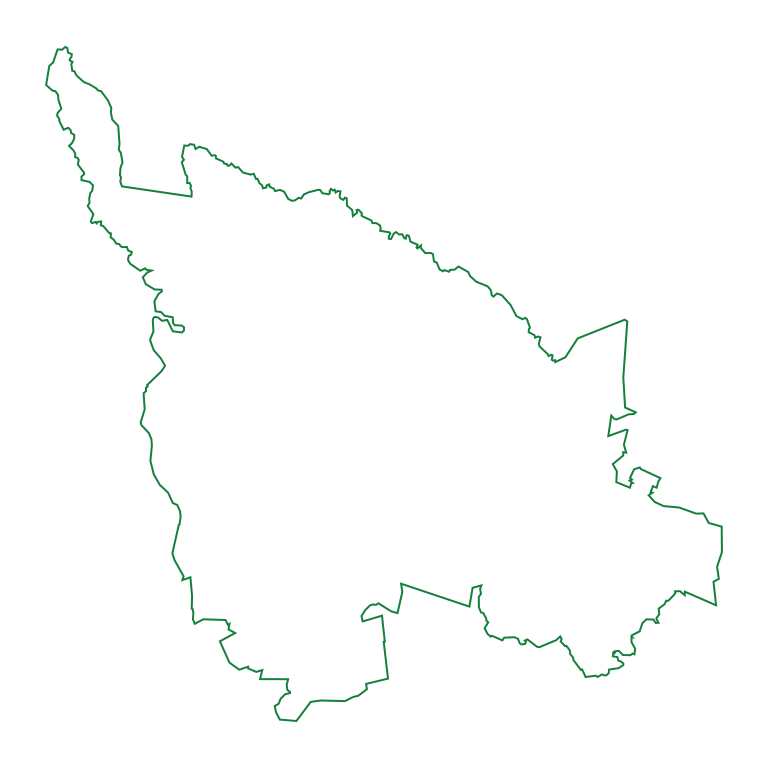 the district of Aculco, México, Mexico
{"feature_id": "50627088B12857045520905", "entity_name": "Aculco", "entity_type": "district", "adm_level": 2, "iso_a3": "MEX", "parent_name": "Mexico", "parent_adm1": "México", "projection": "robinson", "projection_center": [-99.832, 20.136], "detail": "fine", "context": "isolated", "style": "outline", "palette": "green", "viewbox_px": 768, "rotation_deg": 0, "n_neighbors": 0, "source": "geoboundaries", "source_scale": "gbopen_adm2", "svg_char_len": 6028}
<svg xmlns="http://www.w3.org/2000/svg" viewBox="0 0 768 768"><path d="M608.8,673.0L609.0,669.6L618.7,668.1L623.3,665.1L623.3,663.5L621.1,661.6L618.4,660.7L617.3,657.1L612.9,656.3L613.3,652.4L614.0,651.7L614.7,652.9L615.7,651.2L618.8,650.9L622.9,655.0L630.4,655.2L632.6,653.6L634.4,654.3L635.2,648.8L631.5,642.2L631.5,637.4L632.3,637.4L631.4,636.7L631.6,635.5L639.7,631.3L642.4,623.2L646.5,619.3L653.5,619.6L655.6,622.9L658.4,622.8L656.3,618.4L659.3,614.2L658.7,608.6L664.6,604.2L666.1,600.8L668.2,600.8L673.6,595.4L675.3,593.2L675.1,591.3L680.0,591.2L684.7,595.2L684.9,591.7L716.1,605.3L713.5,581.7L718.8,578.9L717.1,566.7L721.9,552.2L721.7,526.6L708.7,523.0L703.5,513.4L696.1,513.6L679.1,507.5L663.7,506.1L654.9,502.1L648.7,495.3L652.4,492.7L650.6,492.3L652.9,486.2L656.7,487.7L658.2,481.8L660.4,478.1L640.7,469.0L639.8,467.4L634.4,469.2L633.5,470.6L630.0,478.1L631.9,479.6L629.7,480.6L632.6,482.9L631.3,483.0L629.9,487.7L616.3,482.1L616.9,471.5L612.8,464.1L623.2,455.5L623.2,452.2L626.2,452.7L623.9,444.7L627.6,430.1L625.9,429.7L608.3,436.1L611.3,415.6L614.4,419.0L616.4,419.5L628.5,414.4L634.0,413.9L635.7,412.3L625.1,407.5L623.3,377.7L627.3,321.4L624.7,319.7L577.7,338.4L565.4,357.3L555.3,362.1L555.1,360.2L552.9,360.6L551.8,359.7L552.6,355.4L551.2,354.8L548.6,356.1L547.8,354.2L539.6,346.5L538.8,344.0L540.5,337.3L538.1,336.5L535.1,337.7L534.5,335.2L528.7,332.2L528.9,329.0L530.0,327.8L526.9,319.1L525.2,317.9L522.5,319.2L516.5,316.2L510.5,304.9L501.8,295.2L497.0,293.5L493.4,296.6L491.7,295.1L490.9,290.3L487.7,286.4L476.3,281.7L470.2,276.2L468.3,272.1L458.5,266.5L454.7,269.6L450.1,269.9L449.1,271.7L444.4,270.1L443.1,271.3L439.6,269.5L436.8,262.7L434.0,261.4L432.9,254.1L430.6,252.9L425.3,253.1L420.6,247.7L420.9,245.6L417.4,248.4L416.5,247.5L417.6,244.7L410.5,241.7L409.0,236.1L407.8,235.2L406.6,235.3L405.8,238.6L404.4,238.4L402.3,234.3L399.1,234.5L396.1,232.1L393.8,233.6L391.0,239.0L388.8,238.7L388.7,236.7L390.3,233.5L389.3,232.3L380.1,230.8L380.7,228.5L380.0,225.5L376.5,223.2L372.4,223.0L371.3,220.4L362.2,216.2L361.5,215.4L361.9,213.3L358.4,209.7L356.7,210.0L357.1,212.7L352.9,216.1L352.3,210.1L347.0,205.6L346.7,198.2L344.9,197.6L343.4,199.9L340.4,198.4L339.6,196.3L340.5,191.4L337.7,190.9L335.7,192.6L334.7,189.7L332.9,190.5L331.0,188.9L329.6,191.2L329.8,193.4L328.7,194.3L322.3,193.2L320.4,190.2L318.6,189.7L308.8,192.2L303.8,194.5L301.2,198.5L298.8,197.8L294.8,200.4L291.9,200.8L288.2,198.9L284.1,191.7L279.9,189.9L275.0,191.1L273.9,188.8L269.6,186.7L269.2,184.4L266.7,185.3L266.2,187.6L262.9,188.2L262.1,185.3L259.5,183.2L257.6,178.9L255.9,178.9L253.8,173.8L250.5,174.6L242.9,172.5L238.1,167.1L235.3,167.6L231.5,163.5L229.5,165.5L227.6,165.7L226.8,164.0L224.1,163.5L223.3,161.7L216.0,158.4L215.8,155.9L214.8,155.2L211.6,155.7L206.8,149.1L199.3,146.8L195.6,149.0L194.1,144.8L190.1,144.1L188.0,145.8L184.3,145.5L182.0,156.8L183.9,159.8L181.8,162.2L185.7,174.8L187.2,176.3L187.2,183.0L189.6,182.9L191.0,185.8L190.5,188.3L191.7,191.7L191.5,196.6L122.0,186.4L120.3,181.7L121.0,177.3L119.9,175.1L120.5,167.9L122.5,162.3L120.8,152.8L118.8,149.9L119.5,144.0L118.2,125.9L112.3,119.6L110.9,112.6L111.3,108.0L108.0,100.5L101.1,91.2L97.7,90.3L96.7,88.7L89.7,84.4L83.9,82.1L76.5,75.5L74.3,71.2L72.3,70.8L71.3,64.1L72.5,61.9L69.9,60.6L69.7,59.4L71.5,56.8L71.8,54.1L68.0,52.6L67.3,48.0L65.2,47.0L62.2,49.7L57.6,49.4L53.1,62.5L49.3,65.9L46.1,85.0L52.5,90.6L55.4,91.2L58.0,94.8L58.4,99.8L61.3,108.6L57.5,113.1L57.1,115.8L59.3,118.9L59.4,121.1L63.6,129.7L68.2,127.8L70.5,129.9L71.3,133.2L74.2,134.8L74.2,138.8L71.7,143.5L69.1,145.9L73.6,150.6L75.2,153.6L75.1,157.0L77.5,157.9L78.8,159.8L77.8,164.4L84.1,172.7L84.1,174.2L81.5,176.6L81.5,180.1L89.6,181.9L93.0,185.4L92.2,190.8L90.3,193.1L89.2,198.4L89.5,202.8L87.7,206.0L93.4,214.2L90.8,221.4L92.0,223.1L95.6,222.0L96.7,223.3L97.5,221.9L101.2,221.5L100.9,225.3L103.2,226.0L109.3,233.2L110.9,233.4L110.7,237.4L113.7,239.6L116.1,243.5L119.0,244.1L121.8,247.1L126.9,247.0L128.1,250.4L131.8,252.1L131.0,254.8L128.9,255.7L128.2,258.1L128.1,260.2L130.2,263.8L140.2,270.7L145.1,268.4L146.3,269.7L151.5,270.6L147.3,272.5L142.8,277.3L145.8,284.2L154.7,289.5L161.7,289.7L161.9,291.3L158.4,294.1L154.4,301.3L155.6,311.3L161.1,312.1L164.5,315.7L172.7,317.3L173.0,322.7L174.6,325.2L181.6,325.5L184.0,327.3L183.9,330.5L182.0,332.5L172.8,331.3L167.3,320.0L162.0,320.8L158.0,317.4L154.5,317.0L153.5,318.0L152.8,319.7L153.4,331.6L150.2,339.4L150.5,341.5L153.8,350.3L160.7,358.2L165.1,365.8L161.3,371.4L147.1,385.1L147.7,386.4L146.0,387.7L146.0,391.2L143.6,393.2L144.7,409.4L140.6,422.6L141.6,425.4L148.7,432.8L151.4,439.2L151.9,445.5L150.4,460.9L153.8,474.4L159.8,484.9L168.1,492.7L172.9,503.1L177.3,505.0L180.0,511.2L180.6,517.2L179.5,524.5L178.8,524.8L172.4,553.3L174.5,560.0L183.6,576.3L182.4,580.1L190.4,577.3L192.1,596.3L191.7,608.7L192.6,609.0L193.4,612.9L192.9,619.2L194.8,623.8L203.2,619.3L225.5,620.0L228.0,624.8L229.5,623.9L228.5,629.5L235.2,633.0L219.9,641.3L229.5,662.7L239.3,669.7L248.1,666.7L248.1,668.4L256.3,671.9L262.3,670.1L260.0,679.1L288.1,679.2L286.7,684.7L287.3,689.8L290.0,692.1L290.0,693.1L285.2,694.2L280.7,698.6L278.7,703.7L274.8,706.0L275.9,712.0L279.8,719.6L296.4,721.0L310.7,701.9L320.6,700.5L345.0,701.1L353.3,696.9L358.2,695.8L366.9,689.2L366.1,683.9L388.0,678.6L383.7,641.8L384.8,641.7L382.0,615.7L362.7,621.4L361.5,616.1L365.3,610.0L369.9,605.5L372.5,604.5L376.1,604.8L378.4,603.3L391.3,611.4L397.5,613.1L402.3,592.1L401.1,583.7L469.4,606.6L472.6,587.8L481.4,585.4L480.1,589.1L481.0,593.8L478.8,596.8L478.9,607.3L481.0,612.4L483.3,613.1L486.3,618.7L486.4,620.8L488.2,622.3L484.6,628.3L487.5,633.8L490.7,636.7L491.9,635.7L502.4,640.4L504.1,637.7L514.2,637.2L518.1,638.9L519.6,643.1L521.6,644.4L525.0,644.0L526.0,641.7L524.8,640.6L527.4,639.4L536.9,646.7L539.4,647.2L556.3,640.1L560.2,636.5L561.6,638.9L560.7,641.5L565.2,646.2L566.2,645.8L567.7,647.4L569.8,650.5L570.2,654.1L573.1,657.5L573.4,660.0L580.9,670.0L582.1,669.4L585.6,677.0L595.9,675.7L597.6,677.0L602.0,674.4L604.4,675.5L606.7,675.1L608.8,673.0Z" fill="none" stroke="#15803d" stroke-width="2"/></svg>